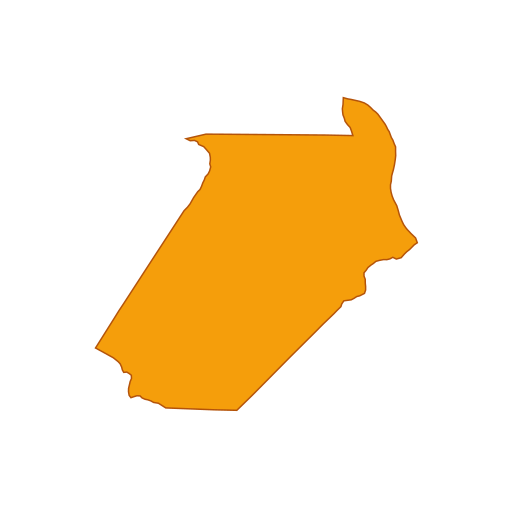 the district of Santa Izabel do Pará, Pará, Brazil, rotated 215°
{"feature_id": "56859067B15714421948478", "entity_name": "Santa Izabel do Pará", "entity_type": "district", "adm_level": 2, "iso_a3": "BRA", "parent_name": "Brazil", "parent_adm1": "Pará", "projection": "natural_earth1", "projection_center": [-48.143, -1.368], "detail": "fine", "context": "isolated", "style": "filled", "palette": "amber", "viewbox_px": 512, "rotation_deg": 215, "n_neighbors": 0, "source": "geoboundaries", "source_scale": "gbopen_adm2", "svg_char_len": 1969}
<svg xmlns="http://www.w3.org/2000/svg" viewBox="0 0 512 512"><g transform="rotate(215 256 256)"><path d="M131.5,359.4L135.6,362.3L142.0,363.3L144.7,363.9L147.3,364.4L149.9,365.2L153.1,366.4L156.3,368.2L162.0,371.8L165.3,374.6L169.5,377.9L175.6,381.0L179.0,383.3L182.0,385.8L184.6,388.5L186.7,391.5L188.1,394.9L190.8,399.4L192.0,402.7L193.0,405.6L194.9,410.1L197.3,415.0L199.1,418.3L201.5,421.5L204.3,425.5L207.0,427.1L210.3,429.4L213.1,430.7L218.3,434.3L220.8,435.3L223.2,436.7L225.8,438.0L234.1,440.9L237.6,442.1L240.6,442.6L243.7,442.7L247.4,443.4L251.0,443.8L255.1,443.5L259.9,442.1L267.9,438.8L270.8,437.4L275.3,435.8L271.6,430.0L269.7,426.1L267.7,423.7L265.7,421.5L262.7,419.5L260.2,417.4L256.4,416.1L252.6,415.3L249.3,413.0L245.7,410.2L268.8,394.7L336.9,347.8L355.2,335.2L366.9,327.1L380.5,312.0L376.0,312.7L372.7,315.4L369.4,316.0L366.9,314.5L361.6,315.6L358.9,315.0L353.0,313.5L350.1,310.7L348.4,308.4L346.7,305.0L344.2,303.0L342.8,299.1L342.3,295.8L342.9,291.7L342.0,288.7L341.5,285.3L340.6,282.0L340.0,278.4L340.6,275.3L340.6,268.1L339.9,260.9L340.1,256.7L340.9,252.0L339.6,213.9L338.9,192.7L337.1,141.2L336.9,132.6L336.3,121.5L334.7,88.6L314.5,90.8L308.3,90.4L305.5,89.8L302.4,88.0L300.1,86.0L297.6,84.8L295.3,86.8L292.3,87.0L289.7,86.8L287.7,84.2L287.1,81.1L284.4,74.4L282.6,71.7L280.0,69.1L277.2,68.2L275.5,70.5L273.4,73.2L270.7,74.9L268.0,74.4L264.8,75.0L262.0,76.2L259.0,77.0L255.9,77.3L251.5,79.4L242.8,79.8L201.8,106.2L183.2,118.6L179.2,139.7L170.1,193.0L163.6,229.3L162.8,234.1L161.9,239.2L159.1,253.4L158.4,257.9L157.4,263.2L158.3,266.1L158.3,269.7L152.9,274.7L151.5,277.4L150.2,280.6L148.2,282.9L145.7,287.6L146.7,291.0L148.8,294.0L150.8,296.3L153.2,299.6L156.0,301.5L157.9,304.2L157.6,307.5L157.7,310.7L156.7,314.3L155.6,317.1L154.7,320.4L152.3,323.3L149.5,326.2L146.7,328.1L144.7,330.4L143.2,333.4L139.3,334.0L136.1,337.9L135.6,342.6L135.0,345.9L133.9,349.5L132.8,355.9L131.5,359.4Z" fill="#f59e0b" stroke="#b45309" stroke-width="1.5"/></g></svg>